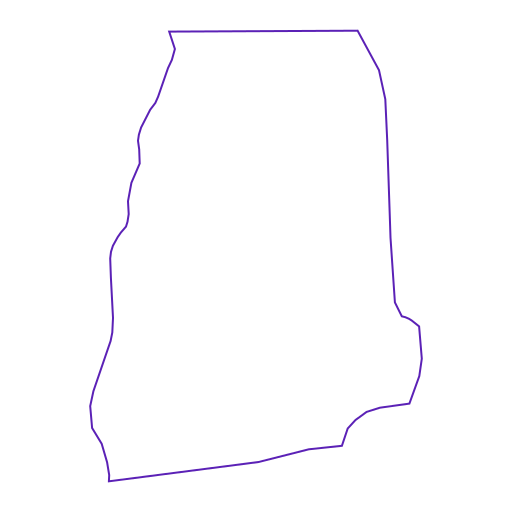 map outline of Atlantique (Robinson projection)
{"feature_id": "BEN-2174", "entity_name": "Atlantique", "entity_type": "Department", "adm_level": 1, "iso_a3": "BEN", "parent_name": "Benin", "parent_adm1": "", "projection": "robinson", "projection_center": [2.175, 6.604], "detail": "fine", "context": "isolated", "style": "outline", "palette": "violet", "viewbox_px": 512, "rotation_deg": 0, "n_neighbors": 0, "source": "natural_earth", "source_scale": "10m", "svg_char_len": 812}
<svg xmlns="http://www.w3.org/2000/svg" viewBox="0 0 512 512"><path d="M341.9,445.8L308.8,449.3L258.6,462.0L108.9,481.3L108.9,481.2L109.2,475.1L107.1,462.3L101.7,443.8L92.1,428.0L90.2,406.1L93.4,391.2L107.1,351.2L110.6,341.0L112.3,332.5L113.0,317.9L110.9,277.7L110.2,258.4L111.0,251.8L112.9,245.8L117.7,237.1L120.9,232.5L126.0,226.6L127.5,221.8L128.7,214.1L128.0,201.2L131.4,182.8L139.7,163.5L139.2,149.5L138.0,140.7L138.9,134.6L141.1,127.5L150.2,109.7L155.3,103.0L158.1,96.7L168.0,68.1L171.9,59.8L174.9,49.0L169.2,31.6L357.6,30.7L379.0,70.2L385.3,99.2L387.2,140.1L389.8,216.4L390.5,237.7L394.9,302.4L401.8,316.3L405.3,317.2L409.0,318.8L411.7,320.5L419.1,326.4L421.8,358.7L419.3,376.1L409.4,403.6L379.9,407.7L366.6,411.9L355.5,420.0L347.7,428.5L341.9,445.8Z" fill="none" stroke="#5b21b6" stroke-width="2"/></svg>